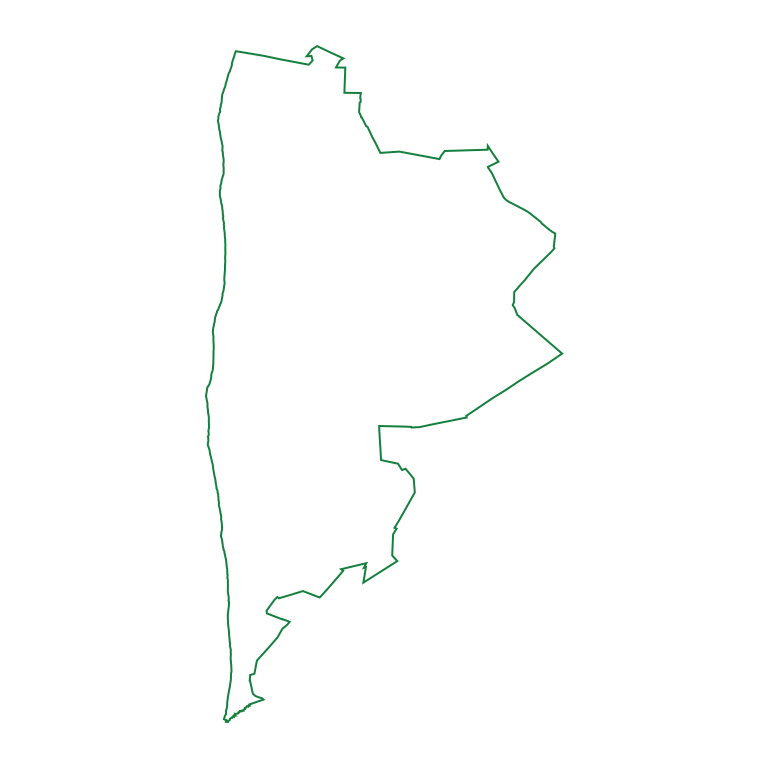 Užavas pag., Ventspils, Latvia (Robinson projection)
{"feature_id": "27541924B2507062447698", "entity_name": "Užavas pag.", "entity_type": "district", "adm_level": 2, "iso_a3": "LVA", "parent_name": "Latvia", "parent_adm1": "Ventspils", "projection": "robinson", "projection_center": [21.426, 57.179], "detail": "fine", "context": "isolated", "style": "outline", "palette": "green", "viewbox_px": 768, "rotation_deg": 0, "n_neighbors": 0, "source": "geoboundaries", "source_scale": "gbopen_adm2", "svg_char_len": 6054}
<svg xmlns="http://www.w3.org/2000/svg" viewBox="0 0 768 768"><path d="M562.1,353.6L519.4,316.7L518.6,315.8L517.5,315.3L514.5,307.7L512.7,305.1L514.1,301.9L514.2,292.0L518.3,287.5L518.5,287.0L524.4,280.6L534.0,268.7L551.5,251.7L554.4,248.2L553.8,246.8L555.3,233.6L552.0,231.7L549.3,229.7L541.6,223.3L540.9,222.1L539.1,220.6L530.0,213.4L527.3,211.5L524.4,209.8L509.0,201.9L505.9,199.8L503.7,197.4L499.6,189.5L495.9,181.6L495.6,181.1L492.0,173.3L488.1,167.6L487.9,166.8L489.8,166.0L498.5,161.7L493.6,154.7L487.8,145.9L487.6,149.7L444.7,151.0L440.8,156.2L439.5,159.1L399.5,151.6L380.4,152.9L375.1,142.2L372.8,138.1L367.5,126.8L366.2,126.1L361.8,117.4L361.2,117.3L360.6,115.2L359.1,112.1L359.7,102.6L360.6,101.9L360.7,99.2L360.2,98.1L360.8,93.0L344.4,92.8L345.3,67.6L336.8,67.5L336.0,67.4L339.7,61.0L340.8,59.9L343.4,58.4L329.7,52.1L317.1,46.1L312.0,49.4L306.7,56.3L311.4,55.9L312.6,60.5L309.1,64.4L308.3,64.6L280.2,59.3L263.5,55.8L235.9,51.2L234.9,53.5L234.1,56.8L232.8,59.9L232.6,61.2L231.9,63.1L231.9,65.1L231.7,65.8L229.7,71.7L228.7,73.3L226.4,81.8L225.6,84.1L225.5,85.6L224.2,88.9L223.4,91.6L223.0,92.5L222.2,94.9L221.5,103.0L220.8,104.5L220.9,105.9L219.9,109.2L220.1,109.6L220.2,111.6L219.5,112.9L218.4,116.4L218.3,117.9L218.4,118.9L218.0,120.1L218.1,122.1L218.8,124.7L219.2,129.3L220.0,132.0L220.1,133.9L220.4,135.1L220.5,136.8L221.6,141.3L222.6,146.4L222.3,150.5L222.8,152.1L222.8,153.6L223.6,159.4L223.7,160.9L223.6,162.5L223.3,165.0L223.7,167.6L223.6,173.9L223.2,175.4L222.7,176.4L222.6,177.2L221.8,179.2L221.8,180.0L221.3,181.9L221.3,183.1L220.5,185.4L220.4,186.5L220.5,188.1L219.8,191.3L219.9,193.4L219.8,195.1L220.0,196.6L220.7,199.2L221.3,203.2L222.2,206.3L222.2,208.1L222.4,209.1L222.3,209.5L222.6,210.3L222.7,211.1L222.8,214.3L223.2,215.4L223.1,216.0L223.3,216.9L223.1,217.7L222.8,218.1L223.2,219.3L223.6,221.7L224.1,223.1L223.8,224.5L224.2,226.5L224.0,227.7L224.1,229.0L224.7,232.7L224.8,234.9L224.8,236.8L225.2,239.4L225.2,242.2L225.4,243.8L225.3,247.8L225.4,254.2L225.1,257.1L225.3,261.7L225.0,265.7L225.0,269.5L224.3,278.0L224.3,280.1L224.6,282.5L224.5,284.6L224.0,286.5L224.0,287.3L223.5,290.9L222.6,293.2L222.5,295.6L221.5,301.3L220.8,303.2L220.1,304.3L219.8,305.3L218.8,307.8L218.5,309.1L217.1,311.1L216.8,312.7L216.1,314.3L215.9,315.2L215.1,317.7L214.8,319.7L214.8,321.3L213.9,324.4L213.7,326.2L213.3,327.7L212.8,332.0L213.5,337.0L213.4,339.3L213.7,344.8L213.7,349.0L213.5,351.2L213.5,356.1L213.3,363.7L212.9,368.7L212.6,370.7L211.3,374.4L211.2,377.4L210.6,380.3L209.7,383.1L209.5,384.0L208.4,386.0L207.5,386.8L207.6,387.4L207.2,388.0L207.2,388.4L206.2,394.8L206.2,395.8L205.9,396.2L206.5,398.1L206.7,399.8L207.4,402.9L207.5,404.0L207.4,406.2L208.0,410.3L208.0,412.2L208.3,413.6L208.3,414.2L208.6,415.2L208.9,418.1L208.8,421.5L208.9,422.2L208.9,424.6L209.1,425.0L209.0,427.5L208.5,430.2L208.4,431.2L208.7,432.7L208.7,435.0L207.9,436.7L208.2,437.0L208.3,438.0L208.2,438.8L208.4,440.9L207.8,443.9L207.8,444.9L209.5,449.9L210.3,455.0L210.9,457.0L212.8,465.1L213.3,469.2L214.4,475.5L215.4,479.9L215.7,483.0L216.4,486.4L216.5,488.4L217.5,490.8L217.6,492.4L218.2,494.4L218.2,496.4L218.4,497.1L218.6,500.9L219.1,503.0L218.9,503.8L218.8,505.0L219.7,508.5L220.0,510.7L220.3,511.5L220.5,513.5L221.2,515.8L221.1,519.4L221.4,520.6L222.0,525.0L222.1,526.6L222.0,527.3L222.2,527.7L221.9,530.2L221.3,532.7L221.4,533.4L221.0,534.8L221.0,536.6L221.9,539.2L222.2,540.5L222.1,541.3L222.4,542.1L222.4,543.2L222.7,543.9L222.7,545.3L223.1,547.8L223.4,548.2L223.7,549.7L223.6,550.0L224.3,551.0L224.4,551.5L224.5,552.3L224.4,553.2L224.8,553.8L225.2,555.8L225.2,556.7L226.0,559.0L226.8,567.2L227.2,569.1L227.2,571.2L227.4,572.1L227.2,573.1L227.4,573.7L227.3,574.3L227.6,574.8L227.7,575.4L227.4,576.9L227.5,578.6L227.8,579.5L227.9,581.4L227.9,588.6L227.8,589.2L227.9,592.2L228.8,598.0L228.8,599.1L228.5,600.1L228.5,600.7L228.6,601.3L228.9,601.5L229.1,602.8L228.7,607.4L228.2,610.7L228.3,611.4L227.7,615.1L227.9,615.6L227.8,616.6L227.9,617.2L227.8,619.3L228.2,621.2L228.0,623.5L229.0,631.7L229.1,635.3L229.4,637.2L229.4,638.1L229.6,639.7L229.6,640.9L229.8,642.2L230.1,642.9L230.0,645.3L230.2,647.2L230.8,649.5L230.7,652.1L230.9,654.5L230.6,658.4L230.8,660.0L230.8,661.3L231.0,661.7L230.9,662.4L231.2,664.5L231.5,671.1L231.0,674.2L230.9,675.7L231.0,676.7L230.8,680.3L230.2,683.9L229.8,687.0L229.1,690.2L227.8,697.7L227.5,700.6L227.2,702.3L227.2,705.6L226.7,708.8L226.2,709.6L226.0,711.7L226.1,712.9L225.9,713.6L225.9,714.5L225.5,714.9L224.8,716.1L224.6,717.0L223.9,719.2L225.7,720.1L226.2,720.1L225.8,721.8L227.8,721.9L227.6,721.3L228.2,720.9L229.5,720.4L230.0,719.2L229.9,718.9L230.2,718.6L230.9,718.2L231.4,717.7L232.3,717.8L232.8,716.3L232.4,716.2L233.6,716.1L233.8,716.6L234.0,716.7L234.0,716.3L234.4,716.1L234.1,715.5L234.8,715.5L234.5,715.3L234.6,715.0L235.2,714.6L235.0,713.8L235.4,713.9L236.1,713.9L237.1,713.6L237.8,713.2L238.0,712.9L238.3,713.1L238.5,712.5L239.3,712.4L239.4,712.0L239.2,711.9L240.0,711.4L239.7,711.3L239.8,711.0L240.5,711.0L241.4,711.4L242.0,710.9L242.7,710.8L242.3,710.5L242.7,710.4L243.1,710.1L243.6,710.2L243.9,709.8L244.1,709.3L245.2,709.0L245.4,708.4L245.2,708.0L245.7,708.0L245.9,707.4L246.7,706.7L246.8,706.4L247.2,706.3L247.8,706.5L247.7,706.0L248.6,705.8L248.9,706.0L249.6,705.8L249.3,705.3L249.7,705.1L249.9,704.8L249.5,704.4L263.5,699.6L262.0,698.2L259.0,697.4L255.4,696.0L252.8,693.6L250.0,680.4L249.7,680.4L250.2,675.0L254.4,673.8L256.9,660.6L269.4,646.8L277.6,637.3L282.4,628.8L287.5,624.5L289.6,621.8L282.3,619.1L282.2,619.3L266.9,613.4L266.6,610.6L274.9,599.3L277.4,597.0L279.0,598.3L302.9,591.1L319.4,597.4L319.9,597.3L327.0,589.6L343.2,570.8L341.1,569.2L366.3,563.2L363.9,567.8L365.9,567.1L363.4,582.6L397.3,561.1L392.2,555.5L393.1,534.3L396.6,528.6L394.5,527.8L399.1,520.4L414.8,492.5L413.7,478.6L405.6,468.8L402.0,470.0L398.0,463.7L381.1,460.1L379.3,430.6L379.2,426.0L405.0,426.6L411.2,426.9L411.4,427.4L411.8,427.5L419.7,427.1L431.8,424.5L466.7,417.5L466.5,416.2L466.3,415.9L492.5,398.2L507.0,389.2L514.0,384.5L517.9,381.8L530.2,374.1L547.5,363.6L562.1,353.6Z" fill="none" stroke="#15803d" stroke-width="2"/></svg>